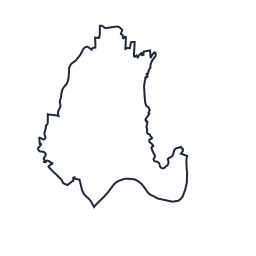 Vinh, Nghệ An, Vietnam, rotated 27°
{"feature_id": "81297802B9978574523269", "entity_name": "Vinh", "entity_type": "district", "adm_level": 2, "iso_a3": "VNM", "parent_name": "Vietnam", "parent_adm1": "Nghệ An", "projection": "robinson", "projection_center": [105.69, 18.704], "detail": "fine", "context": "isolated", "style": "outline", "palette": "slate", "viewbox_px": 256, "rotation_deg": 27, "n_neighbors": 0, "source": "geoboundaries", "source_scale": "gbopen_adm2", "svg_char_len": 4855}
<svg xmlns="http://www.w3.org/2000/svg" viewBox="0 0 256 256"><g transform="rotate(27 128 128)"><path d="M133.6,213.8L133.9,212.2L134.6,209.7L135.3,207.6L135.4,207.3L135.9,205.8L136.6,203.8L137.2,202.2L137.5,201.1L138.0,199.7L138.3,198.2L138.9,196.3L139.4,194.0L139.8,191.5L140.2,189.5L140.6,186.9L141.0,185.1L141.6,183.1L142.2,181.7L142.9,180.5L143.7,179.4L145.8,177.1L148.1,174.8L149.8,173.8L152.1,172.8L154.3,171.9L156.9,170.9L158.6,170.7L160.5,170.8L162.8,171.1L165.1,171.6L166.9,172.3L169.1,173.3L171.1,174.4L173.5,175.7L175.7,176.8L178.0,177.3L179.6,177.3L181.7,177.1L184.1,177.3L186.6,177.3L187.4,177.1L201.0,173.5L201.6,173.1L206.2,169.7L207.5,166.0L207.8,163.7L206.9,156.8L205.2,149.8L205.1,149.7L202.8,144.9L202.6,144.4L201.3,141.6L198.2,136.7L194.5,129.9L193.3,126.0L190.5,126.4L186.7,126.9L187.3,124.2L187.3,123.4L186.2,121.6L185.8,121.7L185.1,121.7L184.7,121.6L184.2,121.2L183.8,120.8L182.2,122.4L180.7,123.7L179.8,124.8L179.4,125.9L179.2,126.6L179.5,127.7L179.9,129.3L180.1,130.7L180.2,132.3L180.0,133.5L179.2,134.7L178.1,136.2L177.5,137.5L178.4,138.5L179.3,139.7L179.9,140.7L180.1,141.8L180.1,143.0L180.0,143.6L179.3,144.8L179.0,145.5L178.9,146.3L178.6,147.0L178.0,147.7L177.2,148.2L176.2,148.5L175.0,148.2L173.9,147.6L172.9,146.4L171.9,145.4L171.0,145.0L169.9,144.8L168.7,145.0L167.7,145.4L166.8,145.5L166.0,145.3L165.1,144.4L164.8,143.7L165.0,142.5L165.0,141.5L164.6,140.7L163.9,140.0L162.8,139.2L161.6,138.4L159.6,136.7L158.3,135.6L157.8,134.8L157.7,134.3L157.9,133.8L158.4,133.4L158.7,132.8L158.5,132.3L157.8,131.8L156.9,131.5L155.1,131.1L154.2,130.9L153.3,130.4L152.7,129.7L152.4,129.2L152.4,128.5L152.8,127.9L153.6,127.2L154.0,126.7L154.0,126.0L153.5,125.7L152.8,125.3L152.0,125.3L151.5,125.0L151.1,124.5L150.7,124.1L149.8,124.0L148.3,124.1L147.7,123.9L147.0,123.4L146.6,122.9L146.3,122.1L146.0,121.1L145.5,120.2L144.0,118.8L143.1,115.2L142.8,114.4L142.6,113.7L142.0,113.4L141.5,113.4L141.0,113.9L139.6,112.4L140.1,108.7L140.6,105.6L139.2,105.0L139.3,102.4L136.9,100.2L134.4,100.0L132.0,97.8L128.3,92.0L123.2,83.2L121.9,79.3L121.6,78.5L121.5,77.6L121.5,77.1L120.5,75.3L120.5,75.0L120.6,74.7L121.0,74.5L121.5,74.5L121.7,74.4L121.9,74.0L122.0,73.6L122.0,73.3L121.8,72.9L120.4,71.9L120.0,71.5L120.0,71.3L120.2,71.0L120.9,70.8L121.2,70.5L121.0,69.9L120.4,67.6L120.3,66.9L120.2,66.1L120.4,65.1L120.6,64.3L120.5,63.8L119.7,62.4L119.2,60.6L119.0,58.6L118.9,57.2L119.3,54.7L119.6,52.8L119.7,52.2L119.8,51.2L119.5,50.3L118.7,49.0L118.0,48.5L117.5,48.5L117.2,48.7L116.9,49.3L116.7,50.3L116.3,52.0L116.3,52.4L116.4,54.6L116.2,54.7L115.9,54.6L115.3,53.6L112.5,48.9L107.2,52.8L108.6,55.8L107.4,56.8L106.4,55.4L106.0,55.1L105.8,55.2L104.8,58.3L104.7,58.9L104.6,59.4L104.8,60.4L104.8,60.6L104.6,60.8L104.4,60.7L102.9,59.6L102.7,59.5L102.4,60.1L102.0,61.2L101.6,61.5L101.3,61.6L100.9,61.4L100.2,60.4L94.9,48.4L91.7,50.1L93.3,55.7L93.4,56.0L93.2,56.3L91.5,56.7L91.0,57.2L89.8,58.7L86.6,51.6L84.9,48.0L84.6,47.8L84.2,47.8L83.8,48.2L83.5,48.7L83.4,49.5L83.3,49.9L83.0,50.3L82.6,50.2L82.3,49.6L81.5,48.2L81.1,47.8L80.8,47.6L79.4,47.6L78.9,47.4L78.8,47.1L78.5,43.9L78.5,43.3L78.4,43.2L76.7,42.7L75.5,42.3L73.9,42.2L72.5,42.4L70.8,43.5L62.8,49.1L62.5,49.2L61.7,49.2L59.5,48.8L58.0,48.9L56.6,49.7L60.4,57.5L60.9,59.4L61.2,61.0L57.6,62.3L61.3,68.9L62.4,71.3L60.6,72.3L60.3,72.7L60.1,74.7L55.6,74.0L54.8,74.1L54.3,74.4L53.6,75.1L52.7,76.4L52.3,78.0L52.3,84.3L51.5,88.3L50.8,91.5L49.1,95.0L48.3,96.6L48.2,98.1L48.2,99.3L48.2,101.0L50.2,105.3L52.1,109.9L52.5,111.1L52.9,112.8L53.2,114.1L53.2,114.3L53.2,115.4L53.1,117.6L52.5,119.8L52.0,123.2L52.4,124.7L52.8,126.5L53.1,128.0L53.6,129.0L54.1,130.1L54.5,131.5L54.7,132.9L54.9,134.3L55.3,135.5L56.5,137.2L57.6,138.6L58.0,139.6L58.1,140.7L58.1,143.7L58.3,145.1L58.5,146.0L59.4,147.5L60.6,148.7L58.4,149.3L50.7,152.2L50.4,152.2L53.5,158.6L54.3,160.1L54.3,160.5L54.4,161.5L54.3,162.0L53.9,162.6L53.8,162.9L53.9,163.4L55.0,166.0L55.2,167.4L56.0,170.8L56.6,171.8L57.3,172.4L58.6,173.6L58.8,173.9L58.7,174.3L58.8,175.1L58.6,175.9L58.3,176.4L57.8,176.7L57.4,176.7L53.8,176.6L53.5,176.8L53.4,177.1L53.5,177.4L56.1,181.3L56.4,182.2L56.6,182.2L57.2,181.8L57.6,181.6L58.0,181.8L58.1,182.1L57.8,183.8L57.1,186.6L57.2,187.1L57.2,187.3L57.7,187.8L59.5,188.9L60.6,188.7L62.5,187.9L63.9,187.6L65.8,188.0L66.7,188.8L67.0,189.6L66.9,190.9L66.8,192.5L66.8,193.5L67.0,193.9L67.4,193.9L68.2,194.3L68.6,194.8L68.5,195.6L68.5,196.2L68.7,196.4L69.4,196.1L70.2,195.8L70.3,195.3L70.2,194.8L70.4,194.2L70.7,193.8L71.3,193.6L72.4,193.5L73.5,193.4L74.2,193.9L74.7,194.1L75.0,194.1L76.1,193.4L76.5,193.5L76.6,193.8L76.7,194.1L74.6,198.3L75.5,198.9L78.5,200.0L92.4,204.3L95.4,206.6L100.0,206.3L102.8,200.2L103.2,200.0L101.8,197.1L102.9,196.2L103.6,197.4L107.1,196.4L108.2,196.0L114.9,203.8L117.1,205.7L119.2,207.1L121.9,208.0L125.7,209.0L128.4,210.3L129.0,210.6L132.0,212.7L133.6,213.8Z" fill="none" stroke="#1e293b" stroke-width="2"/></g></svg>